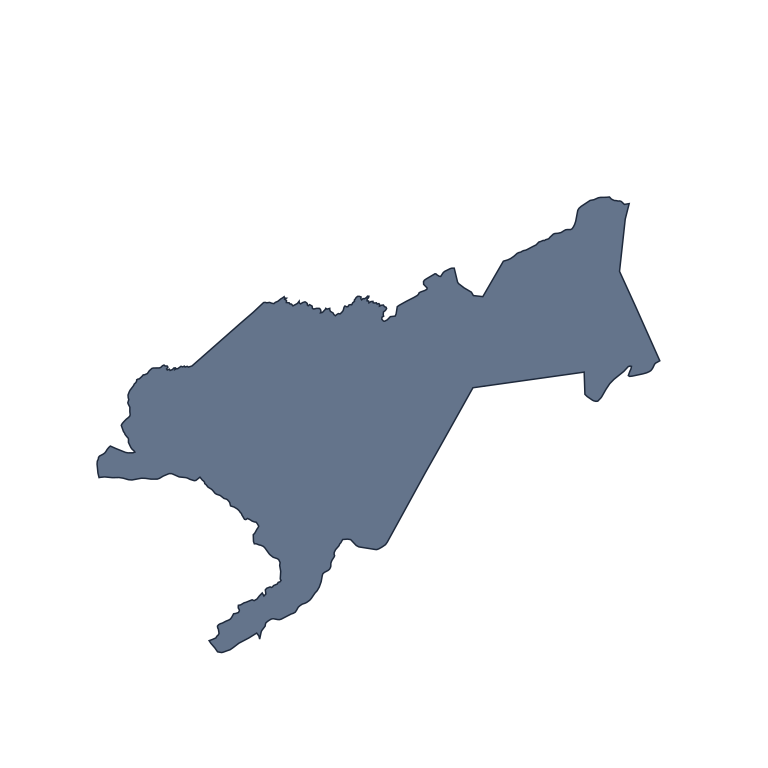 Sotik, Rift Valley, Kenya (Equal Earth projection), rotated 228°
{"feature_id": "3690345B96591011097593", "entity_name": "Sotik", "entity_type": "district", "adm_level": 2, "iso_a3": "KEN", "parent_name": "Kenya", "parent_adm1": "Rift Valley", "projection": "equal_earth", "projection_center": [35.146, -0.766], "detail": "fine", "context": "isolated", "style": "filled", "palette": "slate", "viewbox_px": 768, "rotation_deg": 228, "n_neighbors": 0, "source": "geoboundaries", "source_scale": "gbopen_adm2", "svg_char_len": 6154}
<svg xmlns="http://www.w3.org/2000/svg" viewBox="0 0 768 768"><g transform="rotate(228 384 384)"><path d="M550.9,222.0L550.9,218.5L550.1,215.1L551.1,212.2L551.9,211.2L551.6,209.0L551.6,205.5L552.3,204.5L552.6,203.0L551.7,202.1L551.1,200.5L551.1,198.4L550.4,196.9L549.3,191.1L548.7,189.5L547.1,186.4L544.9,184.7L543.2,183.9L541.5,181.1L540.5,180.6L536.8,179.6L533.4,176.5L531.1,174.9L530.3,173.7L530.1,171.8L530.3,168.8L530.1,165.7L529.8,163.1L529.1,161.1L523.1,158.6L520.8,158.3L519.8,157.8L516.5,157.6L515.3,157.7L514.1,157.3L511.6,155.0L506.6,153.5L504.9,153.2L503.4,153.2L502.0,153.5L500.1,153.3L500.9,151.3L504.2,147.6L506.2,146.1L515.6,141.5L521.0,139.1L521.0,137.0L520.6,134.4L519.9,132.1L519.6,130.3L519.8,128.4L520.8,124.4L520.5,122.8L519.3,121.3L518.5,119.3L516.4,117.1L509.2,111.8L505.1,109.6L504.2,111.1L501.8,114.3L496.1,119.5L491.8,124.5L488.6,127.1L483.8,130.1L481.3,132.5L476.3,140.7L473.6,143.5L469.2,147.2L465.0,151.9L464.1,154.1L463.3,158.3L461.2,164.3L459.7,166.0L458.5,166.7L452.0,169.6L447.0,174.1L445.6,175.0L443.0,176.0L439.1,178.3L438.2,179.7L437.9,184.9L433.9,184.7L432.7,185.0L431.1,184.9L429.9,184.1L428.6,184.4L425.2,184.2L421.1,185.4L419.9,185.5L415.7,185.3L414.1,185.8L410.7,187.7L406.0,188.5L403.8,189.9L402.7,190.2L400.6,190.2L399.1,190.0L396.1,188.4L392.8,190.3L389.4,191.3L387.7,191.5L386.0,191.5L384.6,191.2L383.3,191.4L381.9,190.8L376.8,189.8L375.7,190.6L375.4,192.6L372.7,193.7L370.5,194.2L368.2,195.4L366.9,196.5L365.3,196.4L362.2,195.8L361.6,194.5L361.2,192.7L359.6,188.0L359.5,186.0L354.4,181.7L352.0,180.7L350.8,182.1L347.8,183.6L346.7,184.5L344.0,185.7L341.7,185.8L334.5,185.0L332.8,185.1L329.4,185.7L325.5,187.9L323.8,188.2L320.8,187.3L319.0,185.1L313.9,181.9L308.5,176.4L306.9,176.1L306.6,174.2L307.4,172.7L306.8,170.8L308.1,167.0L307.8,165.5L308.1,164.2L309.4,163.6L310.7,160.1L310.4,158.0L307.0,155.7L306.8,152.9L310.2,153.7L309.9,149.5L309.2,145.7L309.9,142.5L311.9,141.6L314.2,135.2L315.0,133.7L315.8,129.6L317.0,127.7L315.7,126.3L314.5,125.6L313.2,125.5L312.2,124.7L311.6,122.9L312.7,120.3L313.9,118.5L312.6,114.9L312.1,112.6L312.5,110.6L313.5,107.9L314.5,103.9L315.4,102.0L315.8,100.0L315.5,98.2L314.0,97.2L312.7,96.9L309.0,94.5L308.4,92.8L308.4,90.9L307.8,89.2L309.0,85.5L310.3,82.3L307.0,81.8L301.1,81.7L296.3,81.1L293.0,83.7L292.1,85.5L290.8,88.8L289.5,91.8L289.0,95.8L288.5,102.6L285.7,113.6L284.1,122.7L280.5,122.4L277.6,120.9L281.7,126.5L282.5,128.0L283.6,133.7L284.8,135.1L285.5,136.3L285.5,138.4L285.2,140.9L284.7,143.0L283.7,144.6L279.9,147.5L278.8,148.7L278.0,150.3L275.2,161.1L274.3,163.1L273.8,165.3L274.3,167.4L275.5,170.9L275.5,173.0L275.1,176.0L274.0,178.4L273.4,180.4L273.0,184.1L273.3,186.6L274.8,192.7L275.1,196.0L276.4,200.0L279.1,205.0L282.9,209.9L283.9,211.5L283.9,213.6L282.9,217.5L282.8,219.5L283.4,221.3L284.2,222.6L286.3,224.5L287.0,225.7L287.8,227.4L288.8,231.1L289.4,232.4L290.9,233.0L292.2,234.4L293.3,237.2L293.9,242.2L294.8,244.2L294.9,245.7L296.1,249.2L293.2,253.0L290.7,255.1L282.6,255.3L279.8,256.3L266.7,266.9L265.8,267.8L265.0,269.7L264.2,273.2L263.6,277.6L264.3,280.7L290.5,355.6L297.9,377.7L321.7,447.6L258.9,540.7L241.9,526.4L238.7,526.6L232.4,528.1L231.0,528.7L229.3,529.9L228.2,531.4L228.5,535.7L228.8,537.2L231.5,545.4L233.2,552.0L233.6,558.0L232.9,570.7L233.5,577.2L232.7,578.8L231.5,579.7L229.9,577.5L229.0,575.3L226.8,571.2L225.3,571.6L223.6,574.0L218.4,583.0L216.6,586.6L215.7,589.4L215.4,591.3L215.7,593.2L216.2,594.9L217.6,598.2L217.8,599.7L216.7,604.5L273.2,622.8L310.1,634.4L345.1,673.6L354.0,686.9L356.6,682.8L360.8,682.5L362.3,681.7L363.3,680.4L364.8,679.4L366.3,677.9L369.3,676.7L372.1,676.7L374.2,673.9L377.8,669.8L379.0,667.9L380.5,663.3L382.5,660.0L384.1,649.4L384.1,646.4L383.4,644.2L376.7,635.4L375.0,632.4L374.0,629.8L373.5,627.6L373.9,626.0L376.1,623.6L377.0,622.3L377.4,620.8L378.1,616.9L379.5,614.3L381.5,611.7L382.1,610.2L382.0,605.2L381.7,603.8L382.3,602.2L383.0,600.9L383.3,599.1L384.2,598.4L385.1,595.7L385.9,594.1L385.6,590.1L386.6,586.6L388.2,580.2L388.7,578.7L389.6,577.3L390.2,575.7L390.5,573.9L391.5,572.1L392.0,570.4L392.0,566.1L392.5,562.1L393.4,559.1L395.4,554.9L382.8,515.9L389.9,509.6L393.8,510.4L402.0,507.8L408.7,506.6L410.4,506.8L423.1,513.7L424.0,512.7L424.9,511.6L425.5,510.2L427.1,504.5L427.2,502.7L426.0,498.1L427.2,497.1L429.7,496.4L430.8,496.4L431.8,495.7L433.8,485.9L434.1,483.6L433.7,481.9L431.5,480.1L426.5,480.3L425.7,479.2L426.2,476.9L427.8,473.0L428.3,471.2L427.6,469.6L427.5,468.0L428.3,464.2L430.5,456.0L432.3,448.1L432.6,445.6L427.9,439.8L427.0,437.7L429.8,433.8L429.5,429.4L430.2,426.5L431.1,425.7L433.7,425.7L435.0,427.3L434.6,429.1L435.9,429.7L437.9,431.8L437.7,434.2L438.3,436.4L439.7,436.9L441.2,436.1L443.1,436.4L444.3,434.7L444.9,432.7L446.1,434.0L447.2,434.0L448.0,432.4L449.4,432.7L450.3,431.4L451.6,430.3L452.8,431.1L454.0,429.5L454.4,427.1L456.0,428.1L457.1,427.1L458.4,428.3L458.5,430.3L459.3,431.5L460.3,430.6L460.0,428.7L460.5,426.4L461.5,425.6L461.5,423.7L462.9,423.9L464.0,425.2L465.7,424.3L466.8,423.0L466.9,421.1L466.4,419.5L466.2,418.1L465.2,417.4L465.3,415.1L464.5,413.0L465.5,412.1L466.2,410.7L465.6,409.0L466.5,407.8L468.1,407.2L467.8,405.7L465.9,402.8L465.5,400.4L465.5,398.2L466.9,397.2L467.2,395.4L467.3,393.5L469.2,393.2L470.8,393.7L473.8,392.8L475.3,393.3L476.5,394.3L477.8,391.7L479.2,391.4L478.7,390.2L478.4,386.1L479.4,384.4L480.2,385.8L481.7,386.6L483.3,386.7L485.3,384.6L486.7,382.0L488.0,381.4L490.0,382.7L492.8,381.8L492.9,380.0L494.0,379.9L495.1,380.8L496.3,380.8L497.9,380.3L498.9,378.2L499.4,375.6L501.1,375.3L502.3,376.3L501.8,373.5L503.0,368.6L505.3,368.7L506.6,367.6L507.7,367.9L509.9,365.9L511.3,367.4L513.3,366.9L513.1,368.8L514.5,367.6L515.7,368.2L515.9,366.1L516.3,364.3L516.5,360.4L517.4,357.9L517.4,356.0L519.0,354.7L521.2,353.6L522.8,351.2L524.2,350.3L525.1,349.0L524.8,334.8L525.2,317.2L525.9,253.3L527.5,249.9L528.8,249.6L529.7,247.5L530.9,247.6L531.4,245.8L533.0,245.0L533.4,241.0L534.4,239.7L534.7,238.3L535.6,239.7L536.5,238.6L536.3,236.4L537.2,234.1L538.7,234.4L539.4,232.3L540.7,232.5L541.1,234.7L542.5,234.9L543.8,233.4L545.3,233.2L545.8,231.6L545.7,229.4L546.2,227.9L550.2,223.3L550.9,222.0Z" fill="#64748b" stroke="#1e293b" stroke-width="1.5"/></g></svg>